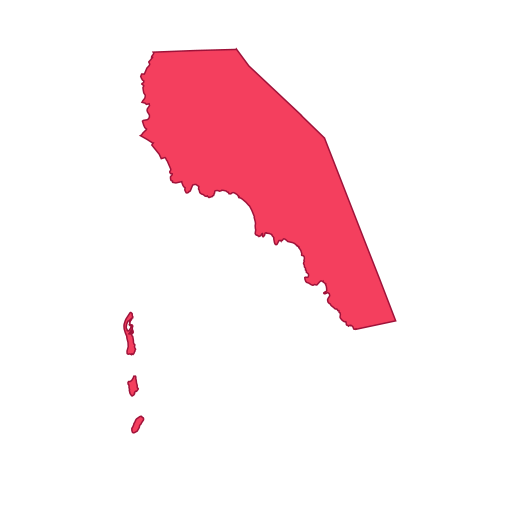 Central Makira, Makira, Solomon Islands (Equal Earth projection), rotated 192°
{"feature_id": "97153195B44789937557003", "entity_name": "Central Makira", "entity_type": "district", "adm_level": 2, "iso_a3": "SLB", "parent_name": "Solomon Islands", "parent_adm1": "Makira", "projection": "equal_earth", "projection_center": [161.859, -10.384], "detail": "fine", "context": "isolated", "style": "filled", "palette": "rose", "viewbox_px": 512, "rotation_deg": 192, "n_neighbors": 0, "source": "geoboundaries", "source_scale": "gbopen_adm2", "svg_char_len": 6105}
<svg xmlns="http://www.w3.org/2000/svg" viewBox="0 0 512 512"><g transform="rotate(192 256 256)"><path d="M213.5,385.6L240.9,402.8L240.8,403.0L302.5,440.4L318.3,454.4L318.4,453.9L357.9,444.4L399.0,434.0L398.2,433.1L398.3,432.2L399.5,429.6L399.5,428.8L398.5,428.8L398.5,428.4L399.3,427.4L399.6,426.4L401.2,423.7L401.2,423.4L399.8,421.6L400.0,420.2L401.8,417.1L403.0,410.8L405.7,410.2L406.1,407.6L404.9,405.9L403.6,404.5L402.1,403.9L402.0,402.7L402.1,402.2L403.4,401.0L403.4,400.4L401.3,399.4L401.2,398.8L401.6,397.1L400.7,394.6L399.7,392.2L397.9,390.4L397.6,389.7L397.5,388.0L397.7,386.9L399.0,384.3L399.5,382.6L396.4,382.5L394.7,381.5L392.2,382.7L391.4,380.9L392.9,377.3L392.9,376.0L392.2,374.5L389.6,371.8L389.1,369.5L389.9,367.5L390.9,366.6L394.4,365.2L395.1,364.3L393.1,360.7L391.4,358.4L389.4,357.4L389.5,356.8L392.1,353.0L393.1,350.6L394.1,349.7L387.1,347.5L380.5,345.0L380.1,345.1L381.0,342.9L371.8,335.4L368.9,331.5L365.5,333.4L364.7,332.9L363.6,331.4L362.5,330.4L357.4,323.2L357.3,322.0L357.9,320.8L357.7,319.9L356.7,318.8L355.7,319.1L355.0,319.0L354.9,318.0L356.1,315.8L355.9,314.6L355.5,313.4L354.9,312.3L354.5,312.1L353.2,311.9L353.0,310.9L352.8,310.7L349.6,310.8L344.1,313.3L343.8,312.4L342.1,309.8L340.9,308.6L339.6,308.1L339.4,305.9L339.0,305.2L337.8,303.7L337.4,303.3L336.7,303.3L335.7,303.8L335.0,304.6L334.8,305.3L334.2,305.5L333.8,306.0L332.7,312.2L331.4,313.0L329.6,313.5L326.4,312.1L326.2,309.7L325.9,309.2L325.5,309.0L324.3,306.6L323.6,305.9L322.1,305.3L320.3,305.1L318.3,304.0L316.9,304.0L316.2,304.7L315.0,303.8L314.1,303.4L313.4,304.0L312.6,304.2L312.0,304.8L311.3,304.9L310.8,306.0L310.1,306.3L309.9,307.3L309.9,308.4L309.6,308.9L309.8,310.8L309.3,311.4L308.2,311.8L306.9,312.1L305.2,311.8L303.6,312.6L303.3,313.1L301.9,313.4L298.9,313.4L297.1,312.5L296.3,312.6L296.1,312.1L295.2,311.2L294.7,311.5L293.6,311.5L292.3,313.0L291.3,313.3L290.4,313.3L287.3,312.2L286.0,311.2L285.3,310.1L285.2,310.3L285.3,310.9L284.8,310.6L284.7,309.6L283.0,309.5L281.0,308.7L277.0,306.5L273.3,303.8L272.9,303.8L269.6,299.8L265.7,294.0L265.8,293.3L263.8,289.3L263.2,287.5L263.1,285.4L262.4,283.0L261.7,281.4L261.5,277.9L260.9,277.0L260.0,276.5L258.9,276.5L258.5,276.2L257.3,276.0L257.1,275.7L255.9,276.6L255.2,277.8L254.9,278.9L254.4,279.3L254.1,278.9L254.4,278.6L254.1,278.1L253.8,276.8L253.3,276.3L252.9,276.3L252.6,276.7L251.9,278.2L251.9,280.0L251.5,280.6L250.8,280.8L250.8,280.6L250.6,280.5L247.6,280.8L245.0,280.3L244.6,279.4L243.1,278.3L242.3,277.5L242.2,276.5L240.8,273.1L240.0,271.8L238.9,271.2L238.1,271.5L237.8,272.0L236.7,275.9L235.2,276.3L234.5,275.7L234.4,276.5L233.5,276.7L232.7,278.4L232.2,278.6L231.2,278.5L229.2,277.6L228.0,276.8L222.9,276.7L221.0,276.3L219.3,275.4L218.3,274.6L218.1,274.5L218.1,274.9L217.7,274.8L216.1,273.7L215.7,273.7L215.6,273.2L216.0,273.2L215.9,273.0L215.6,273.0L213.3,270.7L211.7,267.8L211.7,266.9L211.5,266.2L210.9,266.0L209.8,266.2L208.7,265.3L208.1,263.4L208.2,261.6L207.6,260.9L208.0,259.7L207.9,258.3L207.0,257.4L206.3,255.3L205.1,254.4L204.7,252.6L204.1,252.5L203.6,251.7L203.5,250.7L201.0,249.3L200.9,249.0L200.5,247.8L200.6,246.4L201.3,245.8L203.1,245.6L203.8,245.1L203.3,243.5L202.0,241.4L200.9,240.7L198.9,240.5L196.0,239.4L194.5,239.2L193.7,239.5L192.9,240.3L191.0,240.2L190.4,240.4L188.2,244.2L187.2,245.2L186.4,245.2L185.2,244.7L185.0,245.1L184.7,244.5L182.0,243.2L182.2,242.8L181.1,241.3L180.3,239.3L179.6,236.7L180.6,235.1L180.8,235.4L181.0,235.3L181.4,234.6L182.0,234.2L182.0,233.7L181.4,233.3L180.6,233.4L178.2,235.1L176.5,234.4L175.7,232.7L175.7,232.0L176.6,229.8L176.9,228.4L176.8,227.7L176.0,225.9L174.5,224.8L173.3,224.5L172.7,223.6L171.7,222.9L169.0,221.6L168.1,220.9L166.8,220.7L166.0,221.0L164.5,219.6L163.6,219.8L162.9,218.1L161.9,217.8L161.3,216.4L161.1,213.7L160.7,213.0L158.9,211.4L157.4,210.6L156.0,210.1L154.5,210.4L154.3,209.8L153.9,209.4L153.4,207.8L153.0,207.3L151.8,207.3L151.0,206.6L149.7,207.8L149.4,207.9L149.1,207.6L148.9,207.9L148.3,207.9L146.5,206.9L145.2,204.9L144.6,204.8L143.1,205.5L143.0,205.1L105.9,221.6L130.4,259.3L153.6,294.4L213.2,385.1L213.5,385.3L213.5,385.6ZM370.8,161.8L370.6,160.1L369.8,157.3L367.8,153.6L365.8,150.7L365.1,148.6L363.2,144.8L362.1,140.6L362.4,136.2L361.8,133.9L361.3,133.5L360.4,133.4L359.1,134.0L357.3,133.6L357.1,134.5L356.7,134.6L356.1,134.4L356.2,133.6L355.2,135.2L354.8,137.5L354.6,137.8L354.8,138.2L354.4,139.8L355.3,140.7L355.9,141.7L356.0,142.3L356.0,143.7L356.2,144.2L356.9,144.4L357.8,145.7L358.4,148.0L359.7,151.3L360.0,151.8L360.7,152.1L361.5,153.7L363.4,153.5L362.9,154.3L362.7,155.2L363.5,154.9L363.4,154.5L363.8,154.3L362.7,156.5L362.8,157.1L362.1,157.6L361.9,158.5L361.2,157.2L361.2,155.2L361.4,155.1L361.2,154.8L361.3,154.3L361.7,154.1L361.1,154.1L360.2,155.5L360.6,157.0L361.3,157.8L361.9,159.1L362.1,160.5L361.9,161.2L362.0,161.9L362.4,161.9L363.0,162.9L363.9,162.7L364.2,162.0L364.1,161.7L363.5,161.2L363.6,159.5L364.7,156.7L365.2,156.2L365.7,156.1L366.5,156.3L366.8,157.3L367.8,158.3L368.2,159.5L368.3,162.3L367.8,165.5L366.7,166.3L365.6,167.8L365.9,165.0L365.4,163.5L365.7,162.4L365.2,162.1L365.1,163.0L365.5,164.9L365.3,166.5L364.7,167.6L364.1,170.0L363.9,170.0L363.7,169.3L363.8,170.9L364.5,171.7L365.2,173.9L366.5,174.7L367.0,174.7L367.4,174.3L370.0,167.5L370.4,165.8L370.8,161.8ZM354.9,105.4L354.4,104.0L353.8,103.7L353.2,102.6L352.8,100.7L352.3,99.9L351.9,99.0L352.1,98.6L352.0,98.3L350.9,95.9L350.5,95.2L348.6,93.4L347.7,93.5L347.6,93.8L346.7,94.6L346.1,96.1L346.5,96.5L346.5,96.8L345.9,98.3L345.4,98.8L345.1,98.6L344.7,98.8L343.6,101.1L343.7,102.0L344.5,102.2L344.9,102.9L345.3,104.8L346.4,106.8L347.4,109.7L348.0,110.8L348.4,112.7L348.9,113.4L350.5,113.1L350.8,111.0L351.7,108.5L353.0,107.1L354.6,106.7L354.9,105.4ZM341.6,61.4L341.1,59.4L340.3,58.0L339.7,57.6L338.8,57.6L338.1,58.0L335.8,60.0L334.7,63.4L334.5,64.5L334.6,66.1L333.6,67.6L333.2,69.2L332.0,72.1L332.0,73.1L332.4,74.0L332.7,74.3L333.8,74.5L334.3,75.2L335.1,75.4L336.3,74.7L339.0,71.8L339.6,70.4L339.8,69.0L340.6,66.4L340.5,65.8L340.9,63.7L341.1,62.8L341.4,62.3L341.6,61.4ZM362.7,155.9L362.4,155.7L362.1,156.1L362.1,157.0L362.7,155.9Z" fill="#f43f5e" stroke="#9f1239" stroke-width="1.5"/></g></svg>